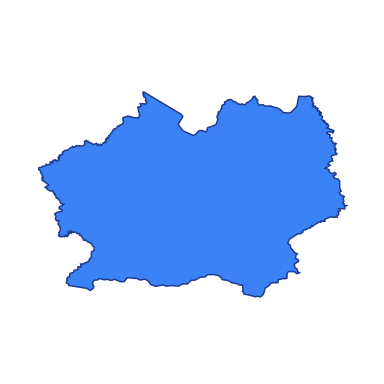 the district of Khlong Lan, Kamphaeng Phet, Thailand, rotated 278°
{"feature_id": "78962969B45862873771637", "entity_name": "Khlong Lan", "entity_type": "district", "adm_level": 2, "iso_a3": "THA", "parent_name": "Thailand", "parent_adm1": "Kamphaeng Phet", "projection": "equal_earth", "projection_center": [99.272, 16.258], "detail": "fine", "context": "isolated", "style": "filled", "palette": "blue", "viewbox_px": 384, "rotation_deg": 278, "n_neighbors": 0, "source": "geoboundaries", "source_scale": "gbopen_adm2", "svg_char_len": 5944}
<svg xmlns="http://www.w3.org/2000/svg" viewBox="0 0 384 384"><g transform="rotate(278 192 192)"><path d="M285.8,268.2L287.4,264.0L287.1,262.7L288.1,258.0L287.3,252.1L288.4,250.2L287.4,246.4L289.3,244.6L290.8,244.1L292.1,244.5L293.2,242.7L295.6,240.9L294.9,239.6L294.5,239.9L294.2,239.1L292.5,238.7L289.4,236.0L287.6,233.3L285.9,232.8L285.6,231.5L286.2,229.1L285.4,227.9L285.8,224.9L287.2,222.9L287.4,220.9L289.2,217.3L288.3,215.8L288.3,214.7L287.3,214.2L285.6,211.7L283.9,212.4L281.9,209.6L278.7,209.6L275.1,208.2L275.1,207.1L273.5,206.9L272.5,207.6L272.2,206.8L270.1,206.2L267.5,207.6L261.8,206.2L257.7,198.3L255.5,198.4L253.3,197.4L254.3,193.8L253.7,190.6L251.8,188.7L250.4,188.4L248.2,185.7L251.3,174.5L257.0,168.9L265.5,172.4L267.5,170.4L284.4,130.2L284.1,129.6L282.3,129.7L282.0,130.6L280.8,130.5L280.3,131.5L279.6,131.1L279.1,132.6L276.3,133.7L275.9,133.3L274.4,135.0L272.4,133.4L272.7,132.8L272.3,128.4L269.7,129.7L268.4,126.5L261.0,129.4L258.8,129.1L257.9,128.2L257.5,124.8L258.3,118.1L255.9,113.2L251.9,114.3L249.6,113.8L248.3,111.4L247.0,110.7L247.3,109.6L244.0,107.7L243.5,105.8L236.5,102.6L236.3,101.8L234.5,101.9L234.2,100.7L233.4,101.3L233.4,100.3L232.0,99.1L231.1,100.0L230.2,99.4L229.3,99.8L229.3,98.6L228.6,98.4L228.5,97.4L225.7,95.9L226.5,94.6L225.7,94.5L225.1,92.7L226.0,92.6L225.7,91.6L226.9,90.9L225.3,87.6L226.6,85.1L226.2,83.8L227.5,82.8L227.3,82.1L228.0,81.7L227.6,80.8L228.4,79.9L227.0,78.5L226.5,79.1L222.9,78.5L221.7,74.8L222.3,74.4L221.7,70.7L220.1,69.6L220.4,68.1L219.9,68.5L219.4,65.9L215.6,62.6L215.9,61.3L214.8,59.5L213.7,59.0L213.6,58.2L211.4,58.5L210.8,57.0L210.1,57.0L210.0,55.7L209.4,56.0L208.2,55.0L207.7,55.8L207.4,54.9L206.2,54.9L205.3,56.1L204.5,54.6L203.6,54.2L204.2,52.5L204.7,52.6L204.8,51.3L203.5,49.9L201.5,49.7L202.4,49.0L202.1,48.2L201.5,48.3L201.5,47.3L200.0,47.8L199.4,47.2L198.7,44.5L199.2,43.7L197.8,43.4L197.0,42.2L196.7,40.4L196.2,40.6L195.1,38.4L195.1,37.2L192.9,37.0L191.7,39.0L189.4,40.0L188.0,41.6L186.7,41.6L186.1,42.5L184.9,41.3L184.0,42.8L182.9,41.8L179.1,49.3L176.3,45.9L175.2,48.1L174.5,48.3L173.2,51.5L173.8,53.7L171.2,55.5L171.0,56.8L169.8,56.5L168.7,58.0L167.0,58.5L167.2,60.2L165.8,60.8L165.6,62.0L162.4,63.5L162.3,66.7L160.2,65.0L159.2,62.9L158.2,62.5L157.0,62.8L156.5,65.5L154.8,65.9L154.1,63.4L152.9,61.9L153.1,61.0L151.1,59.1L148.7,60.8L146.3,60.4L144.6,61.9L144.9,64.1L141.5,63.8L139.2,66.1L135.8,67.0L133.2,65.7L131.5,66.8L131.0,66.0L130.0,66.2L129.3,68.2L130.2,70.5L129.8,71.6L130.2,72.4L130.8,72.0L131.8,73.0L131.6,73.8L130.6,74.0L130.7,74.9L131.1,75.2L131.9,74.2L132.3,75.4L133.5,75.1L133.0,75.7L133.9,76.6L135.3,75.6L134.4,78.4L135.1,78.7L136.3,77.6L135.4,80.7L136.3,81.9L134.8,84.2L135.2,86.6L133.7,86.5L133.3,88.2L130.3,91.0L129.4,91.0L129.1,92.8L129.6,93.7L128.0,95.9L127.9,98.0L127.3,98.1L127.2,99.6L125.4,100.4L123.5,103.1L120.0,102.8L118.7,100.7L113.4,101.4L111.1,99.7L108.9,99.5L107.2,96.2L105.7,94.6L105.2,91.7L102.5,92.7L102.0,89.5L99.6,89.8L98.7,88.7L98.1,86.2L95.9,85.8L94.3,82.5L91.1,82.3L90.0,80.4L88.5,80.1L87.8,81.0L84.6,80.1L83.4,82.6L82.3,83.1L82.0,100.9L80.5,104.8L81.1,106.1L83.4,107.9L84.4,108.0L88.2,106.0L90.8,107.2L91.8,110.6L93.4,112.8L92.9,117.0L93.2,119.1L94.0,120.1L93.3,122.5L93.4,125.1L94.9,127.2L93.2,133.4L93.8,137.3L98.0,139.8L98.3,140.7L98.5,147.7L99.1,148.0L97.6,152.8L99.2,157.6L97.9,160.9L94.6,163.9L93.5,169.1L95.8,175.7L95.2,179.9L96.4,183.9L96.8,190.9L97.3,192.6L99.1,194.4L100.2,198.0L100.0,199.8L104.6,203.8L105.2,207.5L108.7,211.7L109.7,216.8L112.3,218.9L113.3,225.4L112.8,230.4L110.9,233.2L109.5,233.9L109.3,240.2L107.7,244.0L107.5,249.3L106.6,251.4L106.6,255.2L101.6,256.2L100.5,255.7L100.2,256.9L97.9,258.0L98.1,260.9L97.1,269.5L97.9,271.1L97.5,273.9L99.1,276.1L102.3,277.3L106.9,277.8L110.1,281.4L113.0,282.8L114.2,289.8L117.5,289.7L117.8,292.0L118.8,293.2L119.1,296.5L119.9,298.0L124.7,297.5L126.1,298.2L126.8,299.5L127.3,304.8L126.1,306.4L125.9,308.1L127.0,309.7L127.7,307.8L130.1,306.9L131.9,304.1L134.9,303.5L138.3,307.3L139.8,306.5L140.4,304.3L141.3,303.7L143.6,303.7L145.5,304.8L146.1,302.4L150.4,297.6L153.0,296.7L154.7,294.0L158.9,295.0L165.4,302.9L165.8,305.4L167.8,307.3L168.1,306.7L170.1,308.1L170.1,309.2L172.6,312.7L172.9,314.4L174.9,315.0L174.6,316.2L176.2,317.3L180.1,322.4L179.9,323.7L181.3,323.9L181.0,325.8L181.7,327.8L183.1,327.0L186.8,332.7L186.6,335.6L187.4,339.3L188.8,338.8L189.6,340.0L191.4,340.4L193.2,339.3L194.1,341.5L196.0,339.6L196.6,345.7L198.0,345.0L200.1,347.0L199.9,344.4L201.6,344.3L202.3,342.8L204.2,343.7L206.4,342.7L208.7,343.4L209.3,342.4L209.4,340.1L211.7,338.0L213.7,339.6L216.2,337.7L223.0,336.8L225.0,335.3L225.6,330.6L226.9,330.5L227.4,329.5L229.1,332.0L230.4,332.1L231.2,330.4L230.0,328.8L229.9,327.4L230.7,325.4L233.2,324.5L234.0,320.4L237.7,325.1L238.7,322.7L240.3,323.6L241.5,324.7L242.2,327.0L244.7,326.1L245.5,324.9L247.2,325.1L248.9,328.4L248.9,329.5L250.0,329.3L250.2,330.0L251.2,328.3L253.2,328.6L253.8,327.3L254.4,327.5L254.4,328.5L255.1,328.4L256.8,326.6L260.0,328.1L260.3,326.9L259.6,325.8L260.1,324.9L261.2,324.7L262.0,322.9L265.1,323.1L265.0,320.9L267.9,320.7L268.8,317.2L270.4,318.1L270.8,319.2L270.5,321.0L270.9,321.8L270.2,322.9L270.8,322.9L271.0,323.8L272.6,323.8L273.4,321.2L273.2,319.7L274.2,318.5L274.2,316.4L276.3,318.2L278.2,317.0L278.6,315.9L277.8,315.7L279.6,314.4L279.5,312.9L280.8,313.4L281.1,312.6L280.6,311.8L281.4,311.4L281.5,310.4L284.7,310.7L286.2,309.0L286.1,307.7L287.0,308.4L286.9,307.0L287.7,309.0L288.5,308.9L288.1,307.0L288.6,306.9L288.9,307.8L289.5,307.5L289.6,306.6L290.2,306.4L289.8,305.1L290.6,304.5L292.1,305.2L292.9,303.3L292.4,303.0L293.0,302.6L292.7,302.1L293.3,301.3L293.8,301.6L293.6,300.2L294.1,300.7L294.2,299.9L295.3,300.0L295.5,299.4L296.2,300.0L296.7,299.1L298.0,299.3L298.6,298.1L299.6,298.7L300.4,297.9L301.6,298.8L301.8,297.8L302.3,297.8L302.3,296.4L302.9,296.4L303.5,295.0L302.3,290.9L301.6,284.4L291.4,283.9L285.0,279.3L283.7,277.2L283.4,271.2L285.8,268.2Z" fill="#3b82f6" stroke="#1e3a8a" stroke-width="1.5"/></g></svg>